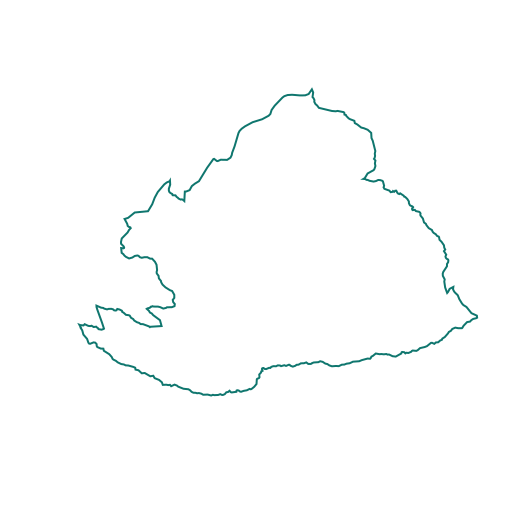 Chillanes, Bolivar, Ecuador, rotated 71°
{"feature_id": "8360857B60313806039355", "entity_name": "Chillanes", "entity_type": "district", "adm_level": 2, "iso_a3": "ECU", "parent_name": "Ecuador", "parent_adm1": "Bolivar", "projection": "orthographic", "projection_center": [-79.115, -2.033], "detail": "fine", "context": "isolated", "style": "outline", "palette": "teal", "viewbox_px": 512, "rotation_deg": 71, "n_neighbors": 0, "source": "geoboundaries", "source_scale": "gbopen_adm2", "svg_char_len": 6081}
<svg xmlns="http://www.w3.org/2000/svg" viewBox="0 0 512 512"><g transform="rotate(71 256 256)"><path d="M379.0,315.2L379.5,314.3L379.5,311.5L380.0,308.4L379.6,305.3L380.3,304.4L380.3,303.6L379.1,300.3L377.2,297.2L372.9,295.4L372.5,294.9L372.4,293.0L371.8,292.2L369.1,291.5L367.8,289.1L366.8,288.6L366.7,287.2L364.8,287.2L364.3,286.8L364.2,286.0L364.4,285.3L365.5,284.7L366.2,283.3L366.0,280.0L366.5,278.9L365.8,277.6L365.8,275.5L366.8,272.9L366.5,271.1L367.3,269.0L368.3,268.2L368.5,264.8L369.7,263.4L369.5,260.3L369.8,259.7L371.0,259.1L372.6,257.2L372.6,254.5L372.1,253.1L372.6,251.1L372.1,248.5L373.0,245.6L373.0,243.1L375.1,241.7L375.9,239.3L375.7,238.0L375.5,237.8L375.5,236.0L376.7,231.6L376.4,229.6L377.8,227.4L380.3,225.5L381.4,223.7L383.3,222.3L385.0,220.1L386.0,216.2L387.1,213.6L386.7,210.2L387.4,207.9L387.3,205.4L387.9,202.4L387.5,198.7L389.1,192.7L388.9,189.9L389.3,183.9L390.3,181.6L389.9,180.8L388.7,179.6L388.5,178.0L387.2,174.5L389.1,171.1L389.5,169.4L390.6,167.1L391.1,164.7L392.0,163.8L392.5,162.2L395.2,159.5L396.6,156.6L395.5,150.4L394.5,149.7L394.3,149.1L395.2,147.2L396.7,146.5L396.4,145.4L397.3,143.5L397.1,140.5L396.5,139.5L396.4,138.6L397.9,135.3L397.7,133.8L396.5,130.9L397.0,126.1L396.9,123.7L395.1,118.8L395.4,117.8L397.1,116.0L396.3,114.1L396.9,111.8L395.9,109.5L395.7,107.4L394.8,106.8L394.1,103.9L391.7,99.7L390.6,98.4L390.2,96.1L388.9,94.2L388.6,90.9L390.0,88.5L391.3,84.9L391.1,84.3L389.5,82.4L387.2,77.9L387.7,75.0L386.7,73.2L386.2,71.1L386.5,68.2L386.3,67.0L384.3,66.6L380.2,70.9L372.7,73.6L369.9,75.9L368.0,76.7L363.0,77.8L358.8,78.0L355.1,79.9L353.2,80.4L351.5,80.5L349.5,79.5L350.1,83.6L352.5,86.1L353.2,87.3L347.4,87.4L341.5,86.3L339.5,85.2L335.6,85.8L333.5,85.2L332.0,84.1L327.9,78.8L325.7,78.0L324.5,76.4L322.9,75.6L321.9,75.5L320.7,76.6L319.5,77.1L318.1,77.0L316.7,75.7L312.6,76.7L311.5,75.0L309.4,75.3L307.1,74.8L303.1,75.9L300.4,77.2L297.9,76.8L297.2,76.9L295.9,78.3L294.0,78.9L292.0,80.5L290.5,81.1L288.7,81.2L285.9,83.6L282.4,84.8L280.9,84.9L279.0,86.2L274.9,86.0L271.3,87.3L270.2,87.1L269.4,86.6L268.4,86.7L267.3,87.4L265.6,90.2L264.1,90.8L263.6,93.0L262.8,93.2L261.8,92.9L261.4,91.7L261.0,91.5L260.0,92.0L258.6,93.6L257.9,94.0L255.8,94.2L254.2,93.7L251.3,94.4L248.7,95.7L248.2,96.5L247.1,96.7L243.7,99.3L244.1,100.3L243.3,101.3L242.2,101.8L239.9,102.1L239.6,103.1L240.3,104.5L239.2,105.3L239.8,106.0L239.5,107.9L237.6,108.6L234.3,112.7L232.6,113.0L231.3,112.0L226.8,111.7L226.1,112.0L224.7,113.8L223.9,115.7L224.2,118.2L223.9,120.6L221.9,124.1L220.4,125.7L220.0,126.7L218.8,127.7L218.1,129.3L217.8,127.8L214.3,123.6L213.1,116.8L212.3,115.7L209.8,113.8L207.1,113.4L204.6,112.0L202.6,112.8L202.0,112.0L200.1,110.8L198.0,110.4L195.6,109.0L185.1,108.1L182.1,108.4L177.1,107.0L173.0,109.3L170.3,112.4L168.8,114.7L164.6,117.4L162.5,119.3L160.2,119.0L157.2,122.6L156.0,123.6L153.0,125.0L151.9,125.1L151.1,126.3L149.3,125.9L148.5,126.3L145.4,131.6L145.1,133.6L143.6,137.0L136.4,148.3L133.6,149.2L131.7,150.3L129.2,150.7L127.6,150.0L125.6,150.2L124.1,150.8L120.0,148.7L116.6,148.9L120.0,153.5L120.1,157.2L118.5,162.1L115.3,169.4L114.1,173.7L114.1,177.2L114.8,179.4L119.9,189.3L123.0,193.7L126.4,196.2L127.5,198.4L128.7,205.7L128.4,215.6L129.8,224.1L131.0,228.1L132.4,230.8L134.0,232.5L145.4,240.6L150.6,244.9L152.7,246.1L154.7,248.1L155.7,252.0L153.5,258.0L153.8,261.3L153.4,262.1L150.5,264.0L150.5,264.8L156.6,273.4L166.7,285.6L167.7,290.2L169.0,293.9L172.1,297.3L172.3,300.9L171.9,302.3L180.7,305.9L179.1,306.8L178.3,307.6L178.1,308.9L176.4,310.6L175.5,310.9L174.3,311.8L172.4,312.4L171.5,314.9L171.1,315.1L170.1,315.0L168.6,316.4L167.2,317.1L165.8,317.1L164.0,316.5L160.6,313.9L156.7,312.8L157.2,313.4L157.4,316.4L158.4,319.4L163.5,328.0L167.9,332.8L173.3,337.3L178.5,343.5L175.4,356.5L178.3,364.5L178.2,368.2L183.6,367.3L185.8,367.5L187.0,366.8L188.0,365.5L188.9,365.4L190.0,367.5L192.0,369.8L195.7,377.2L198.8,379.1L200.5,379.6L203.8,378.0L205.0,377.9L205.5,378.2L205.6,378.8L204.6,380.9L209.3,382.0L211.1,380.8L212.7,380.3L214.4,379.3L217.0,376.8L217.2,373.4L216.5,370.6L216.9,368.0L217.6,367.0L219.3,366.2L220.5,364.6L220.8,361.9L221.7,359.2L224.0,357.0L224.7,355.1L228.6,353.4L231.9,352.9L237.1,354.1L238.8,355.2L240.2,355.5L243.0,354.6L245.6,355.1L248.6,354.0L250.0,354.2L252.6,353.7L256.2,351.8L260.3,348.5L261.8,346.7L266.1,345.9L269.0,346.9L270.4,349.0L272.7,349.3L275.0,348.4L276.9,349.4L277.0,352.2L275.5,356.9L275.8,358.0L275.5,360.8L273.2,363.2L271.9,365.2L270.5,369.2L269.7,370.4L270.0,371.3L269.7,372.1L270.4,373.2L270.2,375.7L270.4,376.5L272.9,375.1L274.9,374.7L276.5,373.2L278.4,372.5L285.4,367.7L291.5,368.1L288.5,379.0L288.7,379.5L287.7,380.1L283.6,385.1L282.8,387.3L281.3,388.2L279.8,390.2L277.3,392.2L275.7,392.6L273.7,394.3L271.3,394.8L270.6,395.5L269.3,398.1L266.4,399.7L265.3,400.7L264.1,400.6L262.2,402.4L260.9,404.4L261.9,405.6L261.9,406.4L261.2,407.8L259.8,408.6L258.8,410.1L258.0,412.7L258.0,414.2L256.3,416.7L255.4,417.3L254.4,419.3L251.0,423.0L252.3,423.4L254.9,423.5L268.9,423.3L275.2,423.4L275.4,423.8L275.4,426.0L273.9,428.7L272.6,429.0L271.8,429.7L270.8,430.1L270.3,432.6L268.4,434.2L268.3,435.6L267.5,437.3L264.7,440.2L265.5,441.7L264.1,444.7L263.5,445.4L266.8,444.9L266.9,445.2L269.7,444.5L274.1,444.8L279.4,442.7L283.4,442.7L284.5,442.3L285.0,441.4L284.8,437.7L285.6,436.2L287.4,435.4L289.1,435.9L290.4,435.7L293.0,432.9L293.9,430.5L296.1,430.7L301.1,426.7L304.5,425.3L306.6,425.1L307.6,424.5L309.5,422.6L311.5,421.4L314.3,418.6L315.5,416.3L317.0,414.8L317.9,412.5L321.0,408.0L322.3,406.6L324.2,406.9L325.8,404.3L329.7,402.2L330.4,399.3L335.3,395.1L335.8,392.1L338.5,391.6L341.6,388.0L344.8,386.1L347.5,386.1L348.5,382.7L349.5,381.0L349.8,379.3L351.5,378.6L351.1,374.9L352.8,372.9L354.2,372.1L357.9,367.8L360.0,363.3L361.4,362.1L363.5,361.1L364.9,359.7L365.7,357.6L366.6,356.4L367.0,354.6L368.4,352.5L370.0,351.1L371.3,346.8L373.3,343.8L373.2,342.0L374.0,340.7L375.1,336.9L375.0,334.8L376.3,333.4L376.6,332.6L376.5,330.6L375.2,328.4L375.5,326.7L374.8,324.9L376.5,324.2L377.1,323.4L378.0,318.8L376.9,318.2L376.8,317.5L377.5,316.2L379.0,315.2Z" fill="none" stroke="#0f766e" stroke-width="2"/></g></svg>